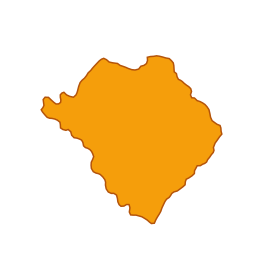 outline of Belo Oriente, Minas Gerais, Brazil, rotated 202°
{"feature_id": "56859067B81668974812121", "entity_name": "Belo Oriente", "entity_type": "district", "adm_level": 2, "iso_a3": "BRA", "parent_name": "Brazil", "parent_adm1": "Minas Gerais", "projection": "mercator", "projection_center": [-42.44, -19.258], "detail": "fine", "context": "isolated", "style": "filled", "palette": "amber", "viewbox_px": 256, "rotation_deg": 202, "n_neighbors": 0, "source": "geoboundaries", "source_scale": "gbopen_adm2", "svg_char_len": 2358}
<svg xmlns="http://www.w3.org/2000/svg" viewBox="0 0 256 256"><g transform="rotate(202 128 128)"><path d="M177.5,100.2L174.4,98.8L171.5,99.5L168.8,99.6L166.5,99.4L164.4,97.7L162.5,94.8L160.2,93.9L157.8,94.1L155.2,93.7L153.0,92.6L151.0,90.8L149.1,88.6L149.0,85.5L149.2,82.5L148.3,79.7L146.8,76.8L143.8,74.5L140.8,74.2L138.4,74.6L136.3,74.5L133.0,73.2L130.1,71.4L128.5,69.4L127.5,66.6L125.4,63.4L122.3,61.3L119.1,61.1L116.6,62.1L113.5,61.5L111.4,58.7L109.7,55.7L107.5,53.6L105.2,52.8L102.5,54.1L100.7,56.5L98.3,57.4L96.3,54.7L95.3,50.6L93.0,48.4L90.4,49.2L88.0,50.2L84.7,50.6L81.9,50.9L78.6,50.4L75.5,49.8L72.8,48.8L70.5,48.2L67.9,49.6L67.8,53.4L67.4,56.5L66.8,59.8L66.4,62.9L66.6,66.7L66.4,70.3L66.2,73.6L65.6,76.4L63.8,79.1L63.2,81.4L62.9,83.7L61.5,85.9L58.7,88.1L56.6,91.5L55.0,94.2L53.8,96.7L54.7,99.7L54.8,102.3L52.8,104.6L50.7,107.7L49.4,110.6L50.3,113.3L50.0,116.0L49.7,118.9L46.8,120.2L45.3,122.3L43.6,123.9L42.4,125.9L42.3,128.5L41.4,131.3L40.7,134.5L39.8,137.2L39.9,139.5L41.5,141.9L41.6,146.6L40.7,150.2L39.8,154.2L38.7,157.5L40.5,159.9L41.9,162.8L43.6,164.8L46.9,164.8L49.7,165.5L52.8,166.3L55.5,168.9L57.4,171.9L59.8,175.3L62.7,177.3L65.4,178.6L68.1,179.2L71.1,179.5L74.2,179.3L77.6,180.7L80.3,179.9L82.5,182.1L82.8,185.7L84.6,188.0L87.2,189.1L89.7,189.6L92.8,190.5L95.0,191.4L97.2,191.9L99.5,192.0L101.7,193.9L103.5,196.6L106.2,197.4L107.6,200.3L108.9,203.0L110.4,205.3L112.9,206.7L115.8,207.8L119.2,207.1L122.4,206.8L125.9,206.3L128.6,205.6L131.0,204.1L134.1,202.6L136.6,200.8L135.2,198.0L135.0,194.7L136.6,192.1L139.2,190.1L140.2,186.6L143.2,184.4L146.4,183.5L150.1,183.3L152.9,183.4L155.4,183.3L158.9,183.1L161.9,183.9L166.6,182.7L170.1,182.1L173.6,183.3L176.6,183.5L178.4,181.8L179.8,179.4L181.2,175.8L182.4,172.7L183.4,169.9L184.1,167.4L185.6,164.2L186.1,161.0L187.0,157.9L188.5,155.0L189.4,152.2L189.3,148.1L188.8,144.5L188.5,141.9L188.6,139.2L190.1,136.1L194.0,135.5L197.4,135.7L200.8,137.1L202.4,135.6L203.2,133.4L202.2,131.0L200.7,128.8L200.1,126.5L201.3,124.4L203.7,123.3L206.4,124.0L210.2,125.4L213.2,126.6L216.4,125.5L217.3,122.6L215.8,119.9L214.4,117.5L214.5,115.1L215.3,112.4L213.5,111.0L211.4,109.8L209.1,108.6L206.9,107.6L204.3,107.7L202.2,108.4L199.2,108.9L196.3,108.8L193.3,107.9L192.0,105.8L190.6,102.8L187.8,102.2L184.7,102.6L182.9,104.2L179.7,103.1L177.5,100.2Z" fill="#f59e0b" stroke="#b45309" stroke-width="1.5"/></g></svg>